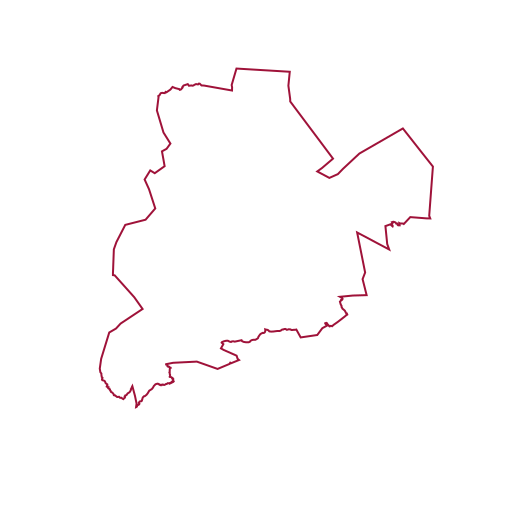 San Nicolás Tolentino, San Luis Potosí, Mexico (Albers equal-area conic projection), rotated 21°
{"feature_id": "50627088B31114967632852", "entity_name": "San Nicolás Tolentino", "entity_type": "district", "adm_level": 2, "iso_a3": "MEX", "parent_name": "Mexico", "parent_adm1": "San Luis Potosí", "projection": "albers", "projection_center": [-100.453, 22.148], "detail": "fine", "context": "isolated", "style": "outline", "palette": "rose", "viewbox_px": 512, "rotation_deg": 21, "n_neighbors": 0, "source": "geoboundaries", "source_scale": "gbopen_adm2", "svg_char_len": 5967}
<svg xmlns="http://www.w3.org/2000/svg" viewBox="0 0 512 512"><g transform="rotate(21 256 256)"><path d="M198.2,440.1L198.5,439.8L198.6,439.6L198.7,439.4L198.8,438.9L198.7,438.6L198.7,438.4L198.7,438.0L198.8,437.8L199.3,437.1L199.5,437.1L199.6,436.9L199.9,436.7L200.1,436.3L200.1,436.0L200.1,435.8L199.8,435.7L199.7,435.4L199.5,435.2L199.2,435.0L199.2,434.8L199.4,434.5L199.4,434.3L199.5,434.0L199.5,433.7L199.7,433.4L199.9,433.2L201.1,432.6L201.3,432.0L201.3,431.7L201.1,431.3L201.2,430.9L201.2,430.5L201.0,429.3L201.1,428.6L201.2,428.1L201.5,427.6L201.6,427.2L202.4,426.7L203.5,424.9L204.1,423.0L204.6,420.0L206.4,417.6L207.0,415.8L207.2,414.0L207.9,412.4L208.1,411.8L208.6,411.4L209.0,411.0L209.4,410.9L209.7,410.6L210.0,410.4L210.7,410.4L211.1,410.3L211.4,410.5L211.6,410.7L212.2,410.8L212.5,410.8L213.0,410.8L213.1,410.4L213.8,410.1L214.1,410.0L214.4,410.2L214.8,409.5L215.1,409.4L215.4,409.3L216.1,409.4L216.4,409.3L216.8,409.1L217.1,408.7L217.3,408.5L217.6,408.2L217.8,407.8L218.0,407.6L218.4,407.5L218.5,407.3L218.7,407.2L219.0,406.8L219.1,406.7L219.3,406.3L219.9,406.2L220.5,406.0L220.7,405.8L220.9,405.6L221.1,405.5L221.4,405.5L221.6,405.4L221.5,405.1L222.4,404.2L222.4,403.8L222.9,403.7L222.7,404.5L222.8,404.4L222.9,404.1L223.0,404.0L223.4,403.6L223.6,402.9L223.9,403.0L224.1,402.6L223.6,402.2L223.5,401.9L223.4,401.8L222.9,401.7L222.9,400.8L222.9,400.5L222.4,400.2L222.2,400.0L222.0,399.9L221.5,400.3L221.4,400.2L221.6,399.7L221.5,399.8L220.5,399.5L220.3,399.5L219.4,399.6L219.0,399.8L218.7,399.7L218.7,399.2L218.7,398.6L218.3,397.6L218.1,397.5L218.0,397.3L217.8,397.1L217.7,397.0L217.6,396.7L217.2,395.8L216.9,395.7L216.9,395.2L217.0,395.2L216.9,394.9L216.6,394.4L216.4,393.4L216.1,392.8L215.9,391.8L215.9,391.6L215.7,391.4L216.0,391.1L216.3,390.9L215.8,390.5L215.8,390.4L215.7,390.6L215.4,390.6L214.9,390.5L214.7,390.5L214.3,390.5L214.1,390.7L214.0,390.8L213.8,390.8L213.1,390.8L212.7,390.5L212.6,389.9L212.5,389.7L212.3,389.5L212.0,389.3L211.5,389.4L211.2,389.5L210.2,389.6L216.9,385.4L238.6,375.8L260.6,375.2L269.9,366.3L270.2,364.9L271.0,365.2L277.4,359.2L275.7,358.6L273.6,356.0L259.6,355.3L256.4,354.8L257.1,350.0L255.0,349.2L255.1,348.6L256.4,347.3L257.2,346.7L257.9,346.2L259.4,345.4L260.5,345.2L261.2,345.3L261.6,345.4L262.1,345.4L263.5,345.2L263.7,344.9L264.2,344.3L265.7,343.7L266.8,343.6L272.7,339.8L273.5,340.5L275.3,340.6L277.7,340.1L280.0,339.2L281.0,338.3L281.3,337.1L282.5,335.8L284.1,334.9L285.2,334.6L286.0,333.8L287.2,332.2L287.3,331.6L287.2,330.6L287.9,327.8L288.3,327.0L289.3,325.9L289.7,325.4L290.6,325.2L291.3,324.6L291.6,323.7L291.5,322.5L290.9,321.2L291.6,321.2L292.5,320.9L294.0,320.9L295.5,321.6L297.4,321.1L299.2,320.3L302.7,318.4L304.9,317.6L306.0,316.6L306.6,315.5L307.1,315.1L307.7,314.9L308.5,314.1L309.5,313.6L310.0,313.6L310.6,313.7L311.0,313.9L311.3,313.8L311.8,313.5L312.9,312.6L313.5,312.5L313.9,312.3L314.4,312.2L314.8,312.2L315.4,312.4L315.8,312.3L316.4,312.1L316.9,311.8L318.3,311.1L318.8,311.0L319.1,310.8L320.0,310.2L326.9,316.0L341.5,307.8L343.8,299.6L347.2,295.6L346.6,295.1L344.9,294.3L344.7,294.0L344.8,293.9L345.6,293.2L345.8,293.2L346.3,293.3L346.8,293.6L346.9,293.8L347.0,293.9L347.3,294.2L347.9,294.5L348.2,294.5L349.6,295.3L349.9,295.4L350.1,295.3L350.2,294.9L350.3,294.8L350.5,294.7L350.9,294.4L351.2,294.3L351.6,294.3L352.2,294.3L353.1,292.5L355.8,288.5L360.6,280.6L361.4,279.1L362.2,278.0L361.4,277.1L360.9,277.3L359.4,276.0L358.5,275.2L356.6,274.5L355.6,274.2L355.1,273.7L354.1,272.9L353.8,272.0L352.4,270.8L351.2,269.2L350.7,268.5L351.4,267.1L351.2,266.6L352.1,266.0L352.2,265.0L351.7,264.6L351.0,264.4L350.2,264.2L349.0,264.0L360.6,258.2L373.3,252.9L363.8,239.4L363.8,232.3L342.0,197.8L378.0,202.2L374.2,197.8L366.1,181.7L370.2,178.2L370.2,178.4L372.9,179.4L372.9,179.0L372.0,178.6L371.3,178.4L370.8,177.7L371.7,177.0L371.6,176.4L370.8,175.7L371.2,175.4L371.4,175.2L372.0,175.3L372.3,174.7L374.2,174.7L375.0,175.2L375.3,175.5L376.2,175.1L377.1,176.2L377.7,176.4L378.1,176.3L379.1,175.9L378.0,173.9L379.0,174.0L379.4,173.8L381.6,173.0L382.5,173.2L386.1,164.4L401.9,159.7L405.2,158.5L403.3,156.4L389.1,109.1L373.9,100.1L347.4,84.3L315.8,123.3L306.0,143.4L303.1,150.2L296.5,156.8L282.9,155.1L286.1,150.2L293.0,137.5L232.6,99.5L231.6,97.1L225.2,85.4L221.5,71.9L170.6,88.0L172.0,105.1L173.2,107.0L174.3,110.1L146.4,115.5L144.0,116.3L141.7,115.3L140.9,115.5L140.4,116.6L138.4,117.0L137.1,118.3L136.5,119.2L135.4,119.9L134.6,119.9L132.4,121.1L130.7,120.0L127.3,122.8L126.9,124.0L126.7,124.8L127.1,125.1L126.3,127.3L126.0,127.7L125.8,127.8L125.3,128.2L124.7,127.9L124.5,127.7L123.9,127.8L120.4,128.2L117.5,128.1L116.4,131.4L113.7,135.3L112.8,135.2L112.5,136.6L111.3,137.0L109.9,137.3L108.7,138.2L108.5,139.0L108.4,140.2L107.9,141.0L107.4,141.8L106.8,142.2L107.9,141.9L111.3,155.6L125.4,173.9L135.8,181.7L134.1,188.0L130.7,192.0L134.9,198.9L138.5,204.9L131.8,215.0L126.6,214.0L124.6,224.5L132.2,232.0L144.9,247.7L139.9,261.7L122.8,273.8L120.7,293.0L120.9,300.7L126.5,317.1L127.1,318.8L128.5,323.0L129.3,325.1L131.0,324.7L157.1,338.1L169.1,346.1L153.8,367.6L151.3,373.9L146.4,380.0L148.3,407.5L150.5,417.1L152.3,420.2L153.8,421.2L154.3,422.5L154.6,422.9L155.3,424.2L156.4,424.8L156.3,426.1L156.6,426.7L157.1,427.0L157.9,426.9L158.1,426.8L159.1,426.9L159.6,427.0L160.4,427.7L161.2,428.6L162.3,429.0L163.1,429.1L163.6,429.8L163.4,430.4L163.4,431.4L163.9,431.5L165.2,431.3L165.3,432.3L165.7,432.5L166.4,432.5L166.8,432.4L167.2,433.1L167.7,433.2L168.1,433.9L168.8,434.1L169.4,434.9L170.8,435.0L172.4,435.9L173.0,436.4L173.2,436.9L173.7,436.9L174.3,436.6L175.5,437.0L176.9,437.4L178.6,436.5L179.1,436.8L180.0,437.1L180.7,436.8L180.9,436.6L181.8,436.8L182.7,437.1L183.5,437.1L183.6,436.5L184.0,435.7L184.3,435.4L184.3,434.6L183.7,434.1L184.0,433.6L183.9,433.1L184.9,432.3L185.4,430.3L186.7,428.6L187.0,427.7L187.1,426.9L187.2,425.7L186.9,425.1L187.1,424.6L187.1,423.8L187.3,423.7L187.4,423.0L187.1,422.6L187.2,421.8L193.1,429.9L197.4,436.6L198.2,440.1Z" fill="none" stroke="#9f1239" stroke-width="2"/></g></svg>